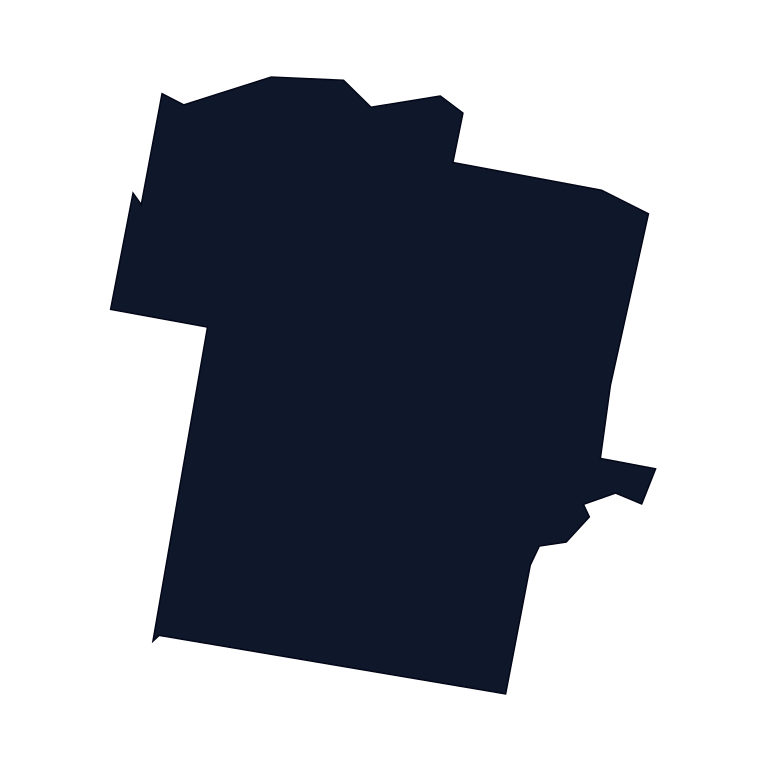 Turner, Georgia, United States of America (Albers equal-area conic projection), rotated 280°
{"feature_id": "52423323B78124087935217", "entity_name": "Turner", "entity_type": "district", "adm_level": 2, "iso_a3": "USA", "parent_name": "United States of America", "parent_adm1": "Georgia", "projection": "albers", "projection_center": [-83.607, 31.711], "detail": "fine", "context": "isolated", "style": "filled", "palette": "ink", "viewbox_px": 768, "rotation_deg": 280, "n_neighbors": 0, "source": "geoboundaries", "source_scale": "gbopen_adm2", "svg_char_len": 503}
<svg xmlns="http://www.w3.org/2000/svg" viewBox="0 0 768 768"><g transform="rotate(280 384 384)"><path d="M90.6,201.1L97.4,206.2L99.9,557.6L231.0,559.5L251.4,565.1L260.0,590.9L288.8,609.3L300.1,601.3L316.8,630.9L310.6,658.6L347.6,666.2L348.3,610.0L421.9,607.2L597.5,614.9L612.6,564.7L614.1,413.4L664.5,414.7L677.4,389.4L654.3,323.1L676.1,291.4L666.7,219.6L624.1,138.3L631.4,115.0L518.5,113.8L528.4,103.7L410.0,101.8L409.4,200.3L90.6,201.1Z" fill="#0f172a" stroke="#020617" stroke-width="1.5"/></g></svg>